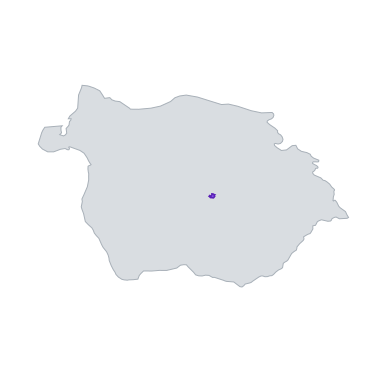 location of Mihaileni, Sibiu, Romania, rotated 187°
{"feature_id": "2599482B13482598439545", "entity_name": "Mihaileni", "entity_type": "district", "adm_level": 2, "iso_a3": "ROU", "parent_name": "Romania", "parent_adm1": "Sibiu", "projection": "robinson", "projection_center": [24.371, 45.991], "detail": "fine", "context": "in_parent", "style": "filled", "palette": "violet", "viewbox_px": 384, "rotation_deg": 187, "n_neighbors": 0, "source": "geoboundaries", "source_scale": "gbopen_adm2", "svg_char_len": 4524}
<svg xmlns="http://www.w3.org/2000/svg" viewBox="0 0 384 384"><g transform="rotate(187 192 192)"><path d="M300.2,213.1L303.8,217.3L308.3,219.6L318.8,222.0L319.7,221.7L319.8,221.3L319.1,220.7L318.9,219.9L319.4,218.9L320.9,218.8L323.2,219.7L327.7,218.4L334.2,215.0L340.2,214.3L345.7,216.4L348.6,218.7L350.5,221.0L350.0,223.7L349.7,225.4L348.4,232.6L347.5,235.3L346.0,238.3L328.9,241.9L330.0,240.2L329.5,237.1L328.7,234.8L330.3,232.8L326.4,232.0L324.7,233.2L323.5,235.1L324.7,239.7L322.9,242.2L322.2,243.6L322.2,247.0L321.1,248.4L320.9,250.0L323.7,249.6L322.5,252.5L317.5,258.0L315.7,261.3L316.4,274.4L314.3,282.2L314.1,284.5L308.6,284.6L307.0,284.4L301.8,283.3L295.9,281.2L292.4,277.1L290.2,274.3L285.3,275.6L284.4,275.2L283.0,273.8L279.3,272.9L274.7,272.9L264.3,267.6L263.2,266.7L255.1,267.6L243.0,270.2L233.8,273.4L224.3,279.2L220.4,283.5L215.9,285.8L209.5,287.5L198.1,286.9L186.2,284.7L173.4,282.4L166.5,283.7L157.2,282.7L143.1,279.9L132.6,279.0L122.2,280.7L120.5,279.4L120.1,278.0L120.6,275.9L122.0,274.3L124.5,273.0L125.9,271.7L126.0,270.4L123.2,268.4L117.5,265.5L115.1,263.7L114.5,263.3L114.4,261.7L113.2,260.4L111.0,259.5L109.3,257.8L108.1,255.4L108.4,253.2L110.1,251.0L112.4,250.1L115.1,250.4L116.2,249.8L115.8,248.3L113.1,246.4L108.3,244.1L103.3,245.3L98.2,250.2L94.6,251.0L92.4,247.7L88.4,245.7L82.8,245.1L79.3,243.9L78.0,242.0L75.5,240.5L70.0,239.0L70.0,237.5L70.9,237.2L72.8,237.0L75.4,236.7L75.9,235.9L75.9,235.1L73.9,234.2L71.8,233.5L70.7,232.8L70.0,232.1L69.9,231.4L70.5,230.8L71.4,230.8L72.2,230.4L72.7,228.6L73.8,227.2L74.6,226.7L74.6,225.6L73.8,224.6L72.7,223.7L71.0,223.2L65.8,221.7L63.2,219.6L61.6,219.6L59.1,218.4L56.3,216.6L54.0,214.0L51.5,212.3L50.8,211.6L50.8,211.0L51.2,210.3L51.2,209.5L50.6,207.0L51.1,204.3L51.0,201.8L51.0,200.6L50.5,200.3L50.1,200.7L49.4,201.2L48.8,201.2L47.0,199.4L44.6,195.7L43.0,194.4L39.9,192.7L37.3,191.3L35.4,188.2L33.5,185.8L34.8,184.8L42.4,183.4L45.9,184.7L47.5,184.2L49.1,183.1L50.0,182.2L50.1,181.3L50.9,180.1L53.5,179.5L60.2,180.2L63.0,178.6L64.0,177.7L64.7,175.7L65.4,174.0L67.9,173.2L67.8,171.7L67.5,170.1L69.0,166.5L69.8,165.1L71.2,164.5L72.9,163.4L75.8,161.1L75.1,159.0L75.7,157.5L78.8,153.9L81.1,150.3L81.1,148.6L81.4,147.0L83.5,145.3L85.6,143.1L88.5,136.2L89.5,135.0L91.3,133.7L92.7,132.4L92.9,127.9L94.2,126.6L96.7,125.1L99.1,122.7L101.1,120.0L102.6,118.7L104.6,118.3L106.8,117.2L109.3,116.8L111.6,117.3L113.2,117.1L115.4,115.7L121.2,110.6L122.1,109.6L123.3,108.9L128.0,107.1L129.2,105.3L130.8,103.8L132.9,103.9L139.6,107.8L146.9,107.5L148.2,107.7L148.7,107.8L149.5,108.1L159.2,110.0L160.7,109.8L161.1,109.7L165.0,111.3L168.4,111.1L171.7,109.9L175.1,109.6L178.3,110.2L180.6,112.5L186.8,117.3L188.7,119.1L191.5,118.8L194.6,117.9L197.8,114.7L207.5,111.1L214.9,110.2L222.1,108.7L230.5,107.7L232.9,104.7L234.2,102.7L235.1,98.9L239.6,97.8L243.9,97.1L245.4,96.6L248.5,96.5L251.0,96.8L254.7,98.6L257.4,100.9L258.5,102.8L260.7,105.4L263.2,109.1L265.8,113.9L266.4,116.4L267.5,119.1L269.5,122.3L273.2,125.9L273.8,126.6L275.5,129.1L278.8,134.7L281.6,137.0L284.0,139.4L285.2,141.8L286.9,144.1L291.0,147.0L294.3,149.7L297.0,157.4L298.9,161.0L300.1,163.7L299.7,169.2L300.4,171.6L299.0,175.9L296.5,184.5L296.0,191.4L296.5,195.1L296.7,197.5L297.3,199.0L298.1,202.2L298.3,204.9L297.3,205.7L296.0,206.3L295.5,206.9L296.7,208.1L298.5,210.4L300.2,213.1Z" fill="#d9dde1" stroke="#a8b0b8" stroke-width="1"/><path d="M172.0,192.6L171.9,192.3L171.8,192.2L171.7,192.0L171.7,191.9L171.7,191.7L171.8,191.6L172.0,191.6L172.2,191.4L172.2,191.2L172.3,191.1L172.4,190.9L172.5,190.8L172.5,190.7L172.8,190.6L173.0,190.5L173.2,190.4L173.3,190.4L173.5,190.4L173.8,190.4L174.0,190.4L174.1,190.5L174.2,190.3L174.2,190.2L174.3,190.1L174.4,189.9L174.5,189.8L174.3,189.7L174.2,189.7L173.9,189.5L173.8,189.4L173.7,189.4L173.7,189.2L173.4,189.1L173.2,189.0L172.9,189.1L172.9,188.9L172.8,188.7L172.7,188.7L172.4,188.6L172.2,188.7L172.2,188.8L171.9,188.9L172.0,188.9L171.9,189.0L171.7,189.1L171.4,189.1L171.2,189.0L171.1,188.9L171.0,188.7L170.9,188.7L170.7,188.8L170.4,188.8L170.2,188.8L169.9,188.8L169.8,189.0L169.7,189.2L169.7,189.3L169.4,189.5L169.3,189.8L169.3,190.0L169.2,190.1L169.1,190.3L169.2,190.5L169.3,190.6L169.4,190.8L169.3,191.0L169.5,191.2L169.5,191.3L169.4,191.3L169.5,191.4L169.5,191.5L169.7,191.8L169.8,191.9L169.8,192.0L169.7,192.0L169.5,191.9L169.5,192.0L169.4,192.1L169.5,192.1L169.8,192.2L170.0,192.2L170.0,192.3L170.3,192.4L170.6,192.4L170.7,192.5L170.8,192.5L171.0,192.7L171.3,192.6L171.6,192.6L171.8,192.6L172.0,192.6Z" fill="#8b5cf6" stroke="#5b21b6" stroke-width="1.5"/></g></svg>